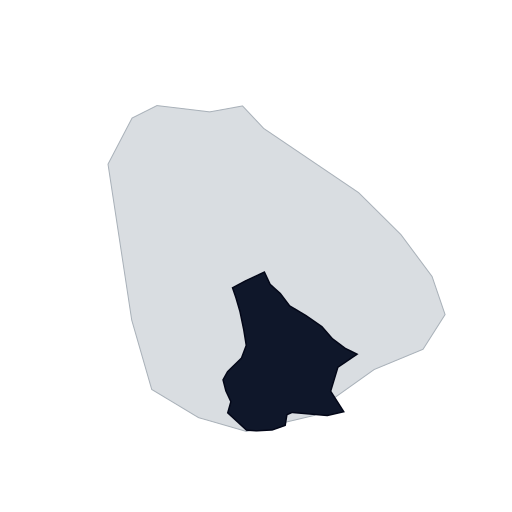 where La Massana sits in Andorra, rotated 245°
{"feature_id": "AND-4877", "entity_name": "La Massana", "entity_type": "state/province", "adm_level": 1, "iso_a3": "AND", "parent_name": "Andorra", "parent_adm1": "", "projection": "mercator", "projection_center": [1.476, 42.553], "detail": "fine", "context": "in_parent", "style": "filled", "palette": "ink", "viewbox_px": 512, "rotation_deg": 245, "n_neighbors": 0, "source": "natural_earth", "source_scale": "10m", "svg_char_len": 836}
<svg xmlns="http://www.w3.org/2000/svg" viewBox="0 0 512 512"><g transform="rotate(245 256 256)"><path d="M397.7,307.2L368.3,316.9L270.0,375.8L214.1,396.4L163.0,406.9L123.0,402.6L100.9,368.0L103.2,315.2L94.4,267.4L86.8,241.9L101.1,173.1L133.8,135.6L179.1,105.1L250.5,116.3L401.8,160.7L433.4,202.0L434.2,229.8L406.2,274.9L397.7,307.2Z" fill="#d9dde1" stroke="#a8b0b8" stroke-width="1"/><path d="M102.2,173.8L125.8,164.1L134.6,171.7L146.5,171.7L157.7,173.8L163.2,181.4L169.6,199.7L179.1,209.4L194.2,213.7L212.4,218.0L226.7,220.2L237.1,221.3L237.9,236.4L237.9,256.8L224.4,256.8L211.6,262.2L196.6,265.4L180.7,276.2L164.0,285.9L148.9,290.2L134.6,297.8L124.3,306.1L120.6,283.2L101.9,266.5L77.8,269.7L81.3,253.2L99.0,222.5L99.1,216.9L90.2,210.9L91.5,197.2L97.4,182.5L102.2,173.8Z" fill="#0f172a" stroke="#020617" stroke-width="1.5"/></g></svg>